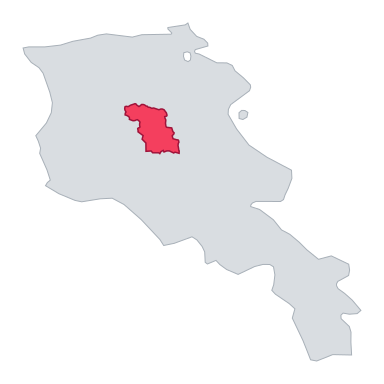 Hrazdan, Kotayk, Armenia (highlighted)
{"feature_id": "60910142B58018566981737", "entity_name": "Hrazdan", "entity_type": "district", "adm_level": 2, "iso_a3": "ARM", "parent_name": "Armenia", "parent_adm1": "Kotayk", "projection": "orthographic", "projection_center": [44.645, 40.538], "detail": "fine", "context": "in_parent", "style": "filled", "palette": "rose", "viewbox_px": 384, "rotation_deg": 0, "n_neighbors": 0, "source": "geoboundaries", "source_scale": "gbopen_adm2", "svg_char_len": 3195}
<svg xmlns="http://www.w3.org/2000/svg" viewBox="0 0 384 384"><path d="M163.7,245.5L159.9,239.5L141.3,219.7L124.0,204.5L112.2,198.2L100.3,198.8L81.7,201.8L75.0,200.4L58.9,193.7L45.5,185.7L47.4,182.5L50.3,180.1L47.0,169.9L39.7,153.4L40.6,148.2L38.3,141.1L35.8,135.7L46.4,123.0L51.3,112.7L52.4,102.7L49.8,92.2L43.1,73.2L39.0,67.7L31.2,62.4L24.7,54.0L23.1,48.0L28.7,46.9L44.8,46.9L60.5,45.1L72.8,41.3L90.5,38.1L97.8,35.2L106.4,33.9L132.3,37.1L141.9,34.7L171.1,34.2L171.8,33.0L167.9,29.0L167.9,27.5L185.2,24.9L187.9,23.0L190.2,29.4L196.7,36.4L203.9,39.2L207.7,43.1L207.9,46.0L195.3,49.6L194.5,51.4L195.3,53.2L199.1,54.0L216.8,62.8L226.9,62.9L232.3,65.5L235.0,70.8L243.5,77.9L250.3,84.8L250.7,87.2L249.5,90.7L230.7,104.6L228.4,109.3L228.1,114.3L236.6,129.0L249.0,145.1L266.9,157.2L291.5,170.2L291.9,178.4L288.2,188.3L285.0,195.0L283.5,199.6L280.5,201.5L256.1,201.4L252.4,203.0L250.8,205.0L250.7,206.6L259.6,209.5L273.4,219.8L281.5,229.9L289.8,234.3L299.2,242.2L306.7,249.7L318.5,259.3L331.3,255.9L348.7,264.2L349.6,270.1L348.6,275.5L337.8,281.4L336.5,283.9L336.6,285.9L338.1,288.7L344.5,293.3L352.2,300.1L360.9,310.4L357.2,313.6L349.3,314.2L343.1,313.1L340.9,315.2L341.1,318.7L349.3,326.5L351.0,332.2L350.9,342.3L351.6,355.0L332.7,354.6L316.7,361.0L310.6,359.8L306.4,349.1L302.9,340.4L292.3,318.1L294.9,308.8L289.2,303.6L275.4,294.2L271.8,290.3L273.7,284.8L274.9,274.9L273.5,266.8L269.8,264.5L263.0,264.4L254.7,266.5L238.1,274.4L226.6,269.5L219.9,264.6L216.0,260.4L207.4,264.0L205.2,262.3L204.7,251.9L202.1,246.4L196.9,239.9L192.0,236.8L174.3,243.3L163.7,245.5ZM190.4,60.0L190.9,56.2L190.1,52.9L187.3,51.8L183.8,52.7L183.5,56.4L184.6,60.0L188.1,61.6L190.4,60.0ZM246.9,117.2L242.9,119.5L239.1,118.5L239.0,112.7L241.7,110.4L244.9,110.5L247.9,112.5L246.9,117.2Z" fill="#d9dde1" stroke="#a8b0b8" stroke-width="1"/><path d="M125.1,106.6L124.8,107.7L124.7,108.8L125.0,110.2L126.0,112.0L125.4,112.9L125.3,113.5L125.1,114.0L125.2,114.8L125.2,115.0L125.8,115.1L127.3,115.7L128.8,116.7L129.3,117.5L129.5,118.3L129.4,119.4L132.9,120.7L134.0,120.7L135.2,120.5L136.1,120.0L136.8,119.8L137.4,119.7L139.0,120.9L140.0,122.1L139.7,123.3L139.6,124.1L139.6,125.3L140.0,127.0L139.1,127.7L138.1,128.1L137.7,128.6L138.2,131.4L138.1,131.5L138.0,131.8L143.1,135.6L142.1,139.2L145.9,143.0L146.0,151.3L151.1,151.0L152.7,152.8L158.8,152.8L159.8,153.6L160.9,151.7L163.2,150.4L164.0,152.0L166.8,150.9L169.3,150.9L173.7,153.0L175.0,152.2L179.1,153.3L179.2,150.9L178.8,150.3L178.5,147.9L178.3,146.9L178.0,145.5L178.3,143.4L178.9,142.3L178.7,140.9L178.4,140.2L178.0,139.9L176.8,139.8L173.0,138.7L172.2,135.8L173.9,133.9L174.1,132.8L172.9,131.6L171.7,127.9L166.7,127.3L166.3,127.0L165.9,126.2L165.5,123.2L165.8,120.5L165.7,119.5L165.0,118.3L164.7,116.6L166.1,116.3L166.9,115.8L167.0,115.1L166.4,112.9L164.0,109.7L162.2,109.0L161.1,109.0L160.5,109.1L159.7,109.5L158.7,109.7L154.0,108.1L153.1,108.0L152.3,108.3L151.7,108.3L150.2,107.5L149.5,107.3L148.7,107.3L148.0,107.1L147.3,106.2L146.2,106.1L144.7,105.0L143.3,104.5L141.6,104.5L139.8,106.0L139.0,106.5L138.5,106.4L138.0,105.8L136.9,105.2L135.9,103.9L135.0,103.7L130.5,105.2L128.6,106.4L127.9,106.6L126.3,106.3L125.1,106.6Z" fill="#f43f5e" stroke="#9f1239" stroke-width="1.5"/></svg>